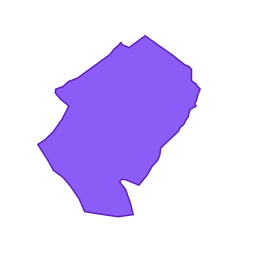 the district of Al Lagowa, South Kordufan, Sudan, rotated 326°
{"feature_id": "16777658B4481857181861", "entity_name": "Al Lagowa", "entity_type": "district", "adm_level": 2, "iso_a3": "SDN", "parent_name": "Sudan", "parent_adm1": "South Kordufan", "projection": "mercator", "projection_center": [29.243, 11.301], "detail": "fine", "context": "isolated", "style": "filled", "palette": "violet", "viewbox_px": 256, "rotation_deg": 326, "n_neighbors": 0, "source": "geoboundaries", "source_scale": "gbopen_adm2", "svg_char_len": 1685}
<svg xmlns="http://www.w3.org/2000/svg" viewBox="0 0 256 256"><g transform="rotate(326 128 128)"><path d="M207.3,97.8L207.2,97.7L207.0,96.8L206.9,96.3L206.7,95.7L206.2,94.2L206.0,93.4L205.9,93.1L205.7,92.7L204.8,90.2L202.8,85.1L201.3,81.0L199.1,75.4L199.0,75.0L197.1,69.9L196.2,67.7L195.0,64.5L194.7,63.5L193.8,61.3L193.7,61.0L193.3,61.1L193.2,61.1L192.1,61.3L191.2,61.3L186.9,61.4L185.3,61.5L177.8,61.7L175.1,61.8L173.7,61.9L173.6,61.7L169.8,55.7L169.7,55.5L169.9,53.6L170.0,53.3L169.7,53.3L168.9,53.4L168.7,53.4L168.7,53.5L168.7,53.8L160.8,54.8L154.1,56.9L145.4,57.3L137.0,57.6L126.6,57.9L114.3,58.4L104.5,56.2L97.5,57.3L89.8,55.4L87.4,58.2L88.1,66.1L91.2,76.6L78.9,83.6L63.6,89.4L53.1,91.3L44.0,91.2L43.5,110.4L42.5,121.4L46.4,132.2L47.8,144.6L47.8,159.9L45.3,173.0L55.3,182.5L70.3,196.1L83.9,202.7L87.8,192.0L91.7,177.4L90.9,168.0L94.1,166.9L97.2,169.7L101.2,175.7L105.1,181.5L117.6,177.7L126.4,173.3L134.8,171.2L139.3,168.1L143.9,162.9L152.4,161.4L168.0,158.9L171.8,156.6L175.9,156.3L180.5,153.8L184.1,152.4L187.7,149.1L189.8,147.4L196.4,147.9L196.8,147.7L197.0,146.3L197.1,145.0L200.1,143.5L203.1,140.7L204.3,139.6L209.1,136.5L209.7,135.4L208.9,133.2L208.9,130.4L208.9,129.1L207.4,125.8L207.3,125.5L207.4,124.6L207.4,123.7L208.1,122.8L211.1,118.4L211.9,117.2L213.2,115.3L213.4,114.9L213.5,114.8L213.0,113.8L212.9,113.5L212.9,113.1L213.2,112.0L213.3,111.7L213.3,111.8L213.2,112.0L213.0,111.6L212.9,111.5L212.9,111.4L212.8,111.1L212.7,111.0L212.6,110.8L212.4,110.4L212.1,109.7L210.9,108.1L210.8,107.9L210.5,107.5L209.1,103.5L209.0,103.3L208.8,102.4L208.5,101.7L208.4,101.1L207.8,99.4L207.4,98.1L207.4,97.9L207.3,97.8Z" fill="#8b5cf6" stroke="#5b21b6" stroke-width="1.5"/></g></svg>